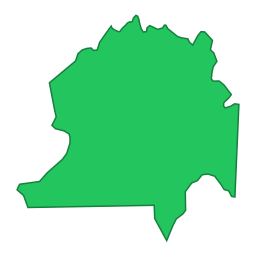 Grimari, Ouaka, Central African Republic (Robinson projection)
{"feature_id": "33826404B92675237545946", "entity_name": "Grimari", "entity_type": "district", "adm_level": 2, "iso_a3": "CAF", "parent_name": "Central African Republic", "parent_adm1": "Ouaka", "projection": "robinson", "projection_center": [19.988, 5.752], "detail": "fine", "context": "isolated", "style": "filled", "palette": "green", "viewbox_px": 256, "rotation_deg": 0, "n_neighbors": 0, "source": "geoboundaries", "source_scale": "gbopen_adm2", "svg_char_len": 1257}
<svg xmlns="http://www.w3.org/2000/svg" viewBox="0 0 256 256"><path d="M231.3,94.6L224.0,85.0L219.1,81.0L212.9,81.1L211.3,78.8L212.0,72.5L213.2,66.8L216.9,61.3L213.8,53.0L210.4,49.7L212.5,40.4L204.7,31.9L201.0,31.7L198.1,35.2L192.6,45.1L189.5,42.2L187.8,38.8L181.8,37.9L177.7,36.6L167.8,28.7L165.9,25.2L164.4,25.1L162.6,27.9L157.9,29.4L149.7,25.6L147.0,27.8L146.5,31.7L143.2,32.0L141.4,29.1L140.0,24.8L138.9,19.7L137.7,16.2L136.0,15.4L133.5,17.8L132.4,21.3L131.7,21.9L129.5,21.9L127.2,23.2L125.8,25.0L123.2,27.4L121.3,29.5L120.0,31.5L118.6,31.7L114.6,30.0L111.9,28.0L111.2,26.1L105.6,33.8L99.7,42.2L97.2,49.9L93.6,50.5L91.1,48.0L87.0,48.4L82.3,49.9L78.0,53.7L75.7,60.8L73.5,62.7L49.4,82.8L54.7,110.4L56.2,116.9L51.9,125.4L55.5,128.7L64.1,130.9L69.1,134.0L70.0,137.2L70.0,143.1L66.7,153.5L62.4,159.4L47.4,172.6L39.5,181.5L19.8,184.2L18.5,186.4L17.1,189.8L23.6,195.5L25.9,201.8L28.0,207.5L154.2,205.3L154.7,218.5L166.7,240.6L172.7,226.0L176.3,218.9L182.9,213.9L185.6,210.3L185.3,191.7L191.7,183.0L197.5,180.6L202.1,174.8L207.8,174.0L214.7,176.2L221.3,184.9L224.2,189.6L228.7,190.8L231.6,196.4L234.9,197.0L238.9,104.4L234.7,103.8L230.3,106.4L225.3,107.9L223.6,106.2L223.8,102.7L228.9,97.8L231.3,94.6Z" fill="#22c55e" stroke="#15803d" stroke-width="1.5"/></svg>